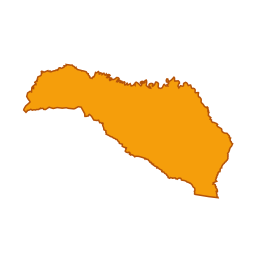 Kralanh, Siemréab, Cambodia, rotated 98°
{"feature_id": "14789045B14092242539630", "entity_name": "Kralanh", "entity_type": "district", "adm_level": 2, "iso_a3": "KHM", "parent_name": "Cambodia", "parent_adm1": "Siemréab", "projection": "albers", "projection_center": [103.469, 13.548], "detail": "fine", "context": "isolated", "style": "filled", "palette": "amber", "viewbox_px": 256, "rotation_deg": 98, "n_neighbors": 0, "source": "geoboundaries", "source_scale": "gbopen_adm2", "svg_char_len": 5705}
<svg xmlns="http://www.w3.org/2000/svg" viewBox="0 0 256 256"><g transform="rotate(98 128 128)"><path d="M79.9,69.8L79.6,70.6L76.8,71.9L76.7,72.3L77.6,74.2L75.6,75.6L75.0,76.5L74.8,77.5L76.1,79.1L78.5,79.0L79.1,79.9L78.8,81.9L81.2,83.2L79.5,84.4L77.2,83.9L76.5,83.3L75.4,83.5L74.3,84.8L75.0,88.1L73.2,88.8L72.1,88.8L71.3,89.6L74.4,91.7L75.9,93.4L75.9,94.5L73.9,95.5L74.0,96.4L75.4,96.8L77.0,96.3L77.2,94.1L77.5,93.9L78.6,94.1L79.6,95.4L80.8,94.4L81.1,96.4L79.7,98.1L80.0,98.6L83.3,99.7L84.2,101.0L84.2,102.8L83.1,103.9L79.9,104.0L78.9,104.9L78.5,106.6L78.7,107.0L81.5,107.8L83.3,109.3L83.0,109.8L81.0,109.4L80.7,109.6L80.6,111.4L81.3,112.8L82.5,113.3L83.2,113.1L84.7,111.4L85.4,111.1L85.3,112.6L83.4,115.8L79.9,115.9L78.6,116.2L78.0,116.6L78.6,117.6L79.5,118.0L80.4,117.6L81.1,118.2L81.2,118.5L80.0,119.3L79.7,119.8L80.1,120.3L81.8,119.9L81.8,120.5L80.2,121.2L80.8,122.0L81.6,122.1L82.7,120.6L83.3,120.4L84.2,120.7L84.5,121.3L82.3,124.3L81.5,126.1L81.8,126.8L82.4,127.2L84.6,127.0L83.8,128.0L85.3,129.1L85.9,130.7L83.8,132.0L85.4,134.1L85.4,134.5L83.8,135.0L84.0,135.5L85.4,136.1L85.8,137.1L84.6,137.7L83.3,137.4L82.8,138.0L83.0,138.7L84.3,139.6L84.3,140.0L84.0,140.4L83.1,140.1L82.6,140.5L82.5,141.5L84.0,141.9L84.0,142.3L82.6,142.2L82.0,142.6L81.8,143.1L83.8,144.7L83.7,145.7L82.0,145.1L81.0,143.8L80.2,143.8L79.5,144.9L79.6,146.3L81.4,148.0L82.2,149.6L82.0,150.6L81.0,151.1L80.9,151.5L81.6,151.8L83.0,151.6L83.5,152.5L82.9,153.1L81.2,152.6L80.5,152.9L80.3,153.5L81.1,155.2L81.0,156.1L79.7,155.5L78.6,153.3L78.4,153.1L77.8,153.7L77.7,154.7L78.4,156.1L77.5,157.0L78.7,157.3L78.8,158.1L77.1,159.5L78.7,161.1L77.5,161.4L77.2,163.1L77.4,163.4L78.4,163.4L78.6,164.0L76.7,164.6L76.2,165.2L77.8,166.9L77.5,167.9L80.8,168.4L82.2,169.0L82.0,169.5L82.3,169.8L83.9,170.5L83.6,171.3L83.8,172.3L83.2,173.0L82.5,172.9L80.8,174.8L79.8,174.9L79.6,176.0L78.1,177.3L77.6,180.9L77.9,181.9L77.5,182.3L77.1,186.2L76.1,187.6L75.3,187.9L75.9,188.4L75.9,188.8L75.2,189.2L74.4,190.3L74.4,191.0L73.4,192.1L73.7,193.2L73.7,198.1L74.4,197.8L75.1,198.2L75.3,200.0L76.3,199.7L77.0,200.1L77.1,200.9L77.6,201.1L78.3,202.6L77.8,203.4L78.0,204.6L79.9,205.2L79.9,205.8L80.7,206.1L80.5,207.2L81.3,208.0L81.8,209.6L83.1,212.1L83.1,212.6L82.6,212.9L83.0,213.4L83.0,213.8L82.6,213.8L82.8,214.4L82.7,215.3L82.4,215.4L84.2,218.5L84.4,219.5L84.0,219.9L83.8,221.4L84.5,221.8L85.5,220.8L86.1,221.3L87.6,221.3L88.4,221.8L89.9,224.3L91.8,224.6L92.4,224.3L93.4,225.0L93.9,224.5L94.3,224.6L94.2,225.0L95.7,226.7L96.0,226.6L96.6,225.4L97.9,225.2L97.9,226.2L99.9,228.0L100.7,227.1L102.1,227.0L102.0,227.6L100.9,228.2L101.0,228.7L101.4,228.8L105.7,228.6L105.3,230.1L107.3,232.3L110.9,232.7L113.5,230.7L115.3,228.8L116.1,228.7L120.5,232.4L123.4,233.6L124.7,233.8L126.7,231.2L124.9,229.9L124.6,230.0L124.0,228.3L123.0,226.8L123.7,225.3L123.0,223.7L123.0,221.9L122.5,221.4L122.1,219.0L121.4,218.4L121.3,217.8L120.6,217.5L120.8,216.8L120.4,215.0L120.6,214.5L121.3,214.1L121.2,212.3L118.4,209.0L119.1,204.8L117.6,201.0L117.5,195.8L116.5,191.9L116.8,189.8L116.6,184.3L116.1,183.2L113.8,180.2L113.9,177.3L119.8,172.9L122.5,172.3L122.3,171.0L121.5,168.8L120.1,168.5L119.9,168.0L121.5,165.7L124.9,163.0L124.9,159.8L124.4,158.2L126.7,156.7L126.4,155.7L127.2,154.4L126.6,153.8L126.8,153.4L129.0,153.4L131.2,152.1L133.1,151.6L133.8,149.5L135.3,149.4L136.0,148.7L137.1,148.9L138.4,144.9L138.8,144.5L139.2,142.1L139.9,141.2L140.3,139.2L141.0,138.3L140.9,137.3L142.9,135.5L143.2,134.7L144.4,134.4L144.9,131.3L146.9,131.2L147.5,129.5L147.8,127.0L148.6,127.4L148.9,126.9L150.9,127.5L151.6,127.4L152.1,126.5L152.4,125.0L151.9,123.9L152.0,123.0L152.8,122.4L153.5,123.1L154.1,122.2L154.4,121.7L153.9,121.2L154.1,120.7L153.9,120.4L154.5,118.7L155.6,117.3L154.9,116.4L154.6,113.4L155.4,107.9L156.5,106.8L155.7,106.3L156.4,105.1L156.3,103.8L157.4,103.0L157.6,102.1L158.6,101.8L159.1,100.9L158.7,100.5L159.6,99.5L160.0,99.6L160.3,98.1L160.7,98.5L162.1,95.9L162.1,95.0L162.7,94.3L162.6,93.6L163.6,93.8L163.4,92.4L164.1,91.5L165.1,88.9L165.3,88.4L166.4,88.5L166.7,88.0L166.6,86.4L167.7,85.5L168.6,83.3L169.3,83.1L170.5,81.5L171.5,81.4L172.0,79.8L171.1,78.8L171.3,78.5L171.2,77.5L171.6,77.1L170.8,74.4L171.6,73.8L171.4,72.9L171.9,72.2L170.7,70.9L170.4,69.6L170.6,68.6L172.1,67.8L172.2,64.4L172.8,62.5L173.3,62.1L173.4,60.2L174.0,59.6L173.9,58.7L175.2,56.8L177.3,55.3L178.3,53.6L180.4,53.0L181.4,53.5L181.9,53.1L184.1,52.9L184.4,52.3L184.7,38.5L184.5,29.1L183.9,29.4L183.7,30.2L183.0,30.5L181.9,30.5L180.6,31.2L179.3,31.2L178.8,31.8L178.4,31.7L178.7,31.1L178.5,30.6L177.0,30.9L175.3,32.0L174.9,32.8L174.0,33.1L173.7,32.8L173.2,33.4L172.1,33.7L171.4,35.2L171.6,36.0L171.0,35.8L170.4,36.0L168.4,32.7L167.3,34.1L165.5,33.6L165.1,33.8L164.6,33.3L163.6,33.5L162.5,32.9L162.1,33.2L161.4,32.9L160.9,32.4L160.1,32.7L159.0,32.2L158.6,31.2L158.3,31.4L157.9,30.8L155.9,31.0L154.1,30.0L154.2,29.7L152.9,29.8L150.8,28.9L149.4,27.7L148.7,27.6L147.6,26.3L146.7,26.1L145.8,25.2L144.0,24.8L143.2,25.1L142.3,25.0L141.8,25.4L140.8,25.1L139.4,25.8L137.7,24.9L135.4,24.4L135.1,24.6L133.0,23.9L131.5,22.9L129.0,22.2L128.4,23.5L127.2,23.9L126.8,24.7L124.9,25.4L123.7,25.0L123.4,26.4L122.3,26.3L121.9,26.5L119.5,29.2L119.6,31.8L118.6,34.1L117.2,34.9L116.2,35.0L115.6,35.6L114.1,39.4L112.9,40.4L112.0,39.8L111.3,40.8L110.5,43.9L110.7,45.2L109.3,46.5L108.4,46.5L107.9,47.9L107.0,47.6L106.4,48.0L106.1,47.6L104.5,50.1L102.2,50.4L101.5,50.0L101.1,50.7L100.6,50.4L100.0,50.6L100.4,51.1L100.1,51.4L98.6,51.2L97.4,52.2L97.3,51.6L96.7,51.7L96.1,52.6L96.8,53.3L96.7,53.7L96.0,55.3L94.1,56.9L93.0,58.5L91.9,59.3L90.0,59.4L88.9,59.8L87.7,61.0L87.2,62.5L86.6,62.8L84.6,63.2L83.4,63.0L83.1,63.4L83.7,66.0L83.2,66.6L80.9,66.8L79.9,67.6L79.6,68.9L79.9,69.8Z" fill="#f59e0b" stroke="#b45309" stroke-width="1.5"/></g></svg>